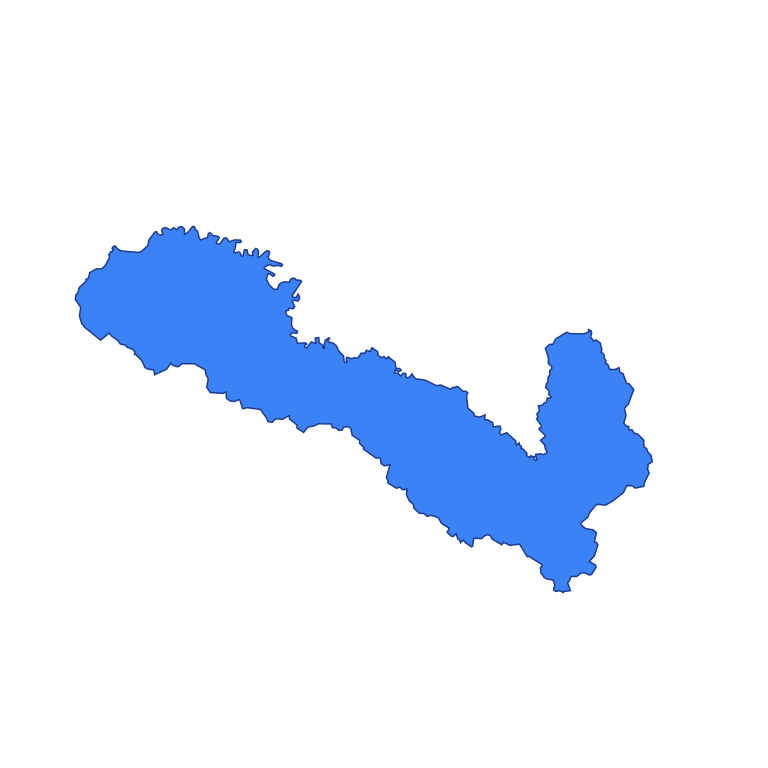 Myawaddy, Kayin, Myanmar (orthographic projection), rotated 320°
{"feature_id": "60261553B30562402338544", "entity_name": "Myawaddy", "entity_type": "district", "adm_level": 2, "iso_a3": "MMR", "parent_name": "Myanmar", "parent_adm1": "Kayin", "projection": "orthographic", "projection_center": [98.555, 16.566], "detail": "fine", "context": "isolated", "style": "filled", "palette": "blue", "viewbox_px": 768, "rotation_deg": 320, "n_neighbors": 0, "source": "geoboundaries", "source_scale": "gbopen_adm2", "svg_char_len": 6171}
<svg xmlns="http://www.w3.org/2000/svg" viewBox="0 0 768 768"><g transform="rotate(320 384 384)"><path d="M214.3,229.5L226.8,232.9L234.2,231.1L234.1,233.6L236.3,237.3L237.9,238.7L242.2,238.5L251.6,246.5L256.1,258.1L253.8,262.1L252.5,267.3L246.1,272.6L245.4,278.8L254.6,287.7L257.9,288.6L254.1,293.7L255.2,298.1L257.9,301.0L262.8,302.8L263.2,303.7L259.8,312.1L264.0,314.2L272.9,323.9L272.2,334.6L270.9,338.2L273.7,341.5L278.6,341.0L283.4,345.7L291.1,347.3L289.1,350.1L291.0,359.5L289.0,361.7L291.3,369.4L298.0,368.1L303.3,371.1L308.3,372.4L318.0,380.8L316.4,384.3L319.1,386.8L319.5,390.4L322.7,392.5L325.0,390.9L329.4,393.9L329.8,397.1L326.7,402.8L329.1,411.5L327.1,414.0L327.8,419.1L326.4,420.5L330.3,435.8L333.6,437.9L330.7,443.2L331.5,446.7L336.5,449.8L325.7,457.3L324.8,461.2L323.3,462.0L326.6,472.0L329.9,473.1L330.2,476.9L334.0,479.4L329.9,483.3L328.2,490.2L329.2,494.9L327.1,498.5L327.9,505.7L331.4,509.0L332.0,513.2L335.8,514.9L339.5,521.1L338.5,528.1L341.3,536.4L337.0,538.3L337.8,544.2L339.0,545.3L343.0,545.1L340.9,550.0L341.6,552.3L340.6,554.8L344.5,554.4L344.3,557.9L346.5,565.2L347.8,565.0L353.6,559.9L359.4,565.2L363.0,564.9L366.6,566.1L368.0,568.4L367.2,572.3L370.9,582.8L373.8,582.2L376.8,588.6L384.9,593.8L382.7,608.4L384.2,609.2L388.9,623.7L388.1,625.1L385.8,625.2L382.5,630.0L382.9,633.4L382.2,634.6L383.1,637.5L387.5,642.9L385.8,647.5L381.6,650.7L382.0,653.1L386.0,655.5L387.2,659.0L388.3,658.5L394.0,662.1L397.0,654.2L399.6,653.9L403.6,651.7L408.0,655.4L412.6,655.3L414.8,656.4L416.4,657.6L418.4,662.2L420.5,663.3L428.7,660.7L429.6,658.4L427.2,651.9L434.7,650.9L444.5,644.7L444.9,642.0L443.5,640.4L451.1,634.4L450.3,629.9L446.2,625.3L444.7,621.7L444.7,617.6L446.2,617.0L454.6,617.0L458.8,614.8L468.0,613.0L470.4,613.5L475.8,619.2L484.4,620.7L497.6,621.1L504.7,617.9L508.8,621.7L509.6,625.3L517.3,629.4L519.9,627.0L529.8,622.7L531.5,617.9L533.5,617.0L534.2,615.3L539.5,616.0L542.8,610.2L542.4,606.1L543.6,602.3L542.8,599.2L546.9,593.9L546.2,585.5L544.0,582.4L544.6,578.5L542.3,576.8L544.2,573.6L542.5,572.3L542.5,568.1L549.0,563.8L552.6,557.1L558.1,556.5L571.7,548.8L572.0,541.6L570.2,539.6L573.8,529.5L572.1,527.0L574.5,522.5L570.1,521.3L566.3,517.8L568.0,512.9L567.2,510.1L569.2,508.7L569.3,505.5L571.0,504.1L571.5,501.7L570.6,499.0L572.5,498.4L576.0,491.7L574.6,486.4L572.3,486.0L572.4,480.9L575.6,478.7L576.9,476.5L575.7,473.9L574.1,475.7L569.2,474.0L558.8,464.9L557.1,461.7L544.4,459.9L538.7,462.2L536.5,460.1L530.6,460.3L526.7,469.8L523.1,473.8L523.6,478.5L522.7,479.9L519.4,480.4L516.7,483.8L514.0,484.3L510.6,488.0L508.5,488.1L505.5,490.6L506.2,495.4L503.5,497.8L503.8,501.3L502.3,501.5L500.0,499.7L496.9,502.3L494.5,501.5L491.6,502.0L488.2,499.9L485.6,504.7L481.8,505.2L480.8,508.2L478.4,508.8L477.7,517.2L476.9,518.1L474.2,517.6L473.7,519.5L474.5,526.6L473.9,527.7L467.7,527.7L467.9,534.3L466.2,536.6L465.1,541.4L460.9,540.7L458.5,537.4L456.9,537.2L455.5,535.4L454.5,535.7L452.2,540.5L450.4,538.7L451.2,536.6L452.4,536.7L450.3,533.3L448.5,534.1L447.2,530.5L448.9,529.0L448.7,523.2L447.4,521.3L449.2,520.3L448.7,517.9L449.7,516.0L446.1,515.8L448.3,512.1L446.7,500.2L441.4,498.5L440.6,497.4L442.1,494.9L444.6,493.7L445.8,490.6L440.3,487.3L442.4,483.3L440.5,478.2L438.2,476.0L441.6,472.7L435.7,470.7L432.6,466.2L434.0,464.3L432.8,456.4L439.5,446.2L442.5,444.6L442.2,442.4L439.8,440.3L438.9,433.6L437.8,432.4L436.0,432.5L434.9,431.0L431.5,430.6L426.8,421.2L423.1,419.0L418.1,407.6L411.5,400.2L411.8,394.2L408.1,395.1L405.9,394.2L405.2,393.2L407.3,390.1L406.7,388.9L405.2,388.1L401.6,388.5L401.8,384.9L399.1,382.1L401.6,380.3L403.1,384.0L405.9,384.5L406.0,382.2L403.2,379.7L406.4,374.5L404.8,365.8L401.9,366.5L401.6,362.9L398.9,362.1L398.0,358.0L400.0,355.2L398.1,348.5L394.1,350.1L392.3,346.9L389.4,348.1L386.2,345.7L380.3,347.4L378.7,345.1L375.2,343.6L373.0,339.7L371.4,340.2L369.4,343.5L368.1,342.5L368.2,340.6L371.0,336.6L370.6,328.7L372.0,325.4L371.5,320.3L368.4,315.8L368.8,314.7L371.7,314.1L371.5,313.2L367.3,312.7L363.7,315.2L361.5,318.3L360.5,317.7L361.9,314.9L360.9,310.7L363.9,306.4L360.8,304.6L357.9,308.9L355.4,305.1L347.7,306.6L347.0,304.7L347.9,303.6L350.6,303.7L350.6,302.3L343.8,297.1L346.2,292.4L343.4,287.4L344.2,285.8L347.5,286.2L349.6,289.2L351.7,288.0L350.2,285.0L350.1,281.7L351.2,279.1L356.1,273.9L353.8,269.3L354.3,266.6L355.9,265.1L358.3,266.2L359.7,264.6L362.8,268.0L365.3,267.5L366.8,261.8L369.3,262.3L371.4,265.2L374.0,264.4L375.5,262.6L375.9,259.8L372.5,261.4L369.9,259.0L370.6,257.3L386.8,252.4L386.6,250.8L383.5,247.8L383.5,245.6L381.7,244.1L379.9,243.6L376.7,245.1L373.5,241.8L370.3,240.5L367.6,240.4L363.3,242.9L360.3,240.4L359.8,233.5L361.6,227.6L366.1,225.1L367.3,226.1L368.1,230.1L370.2,230.4L370.7,229.1L366.6,218.8L367.5,217.6L372.8,218.8L375.3,222.8L379.1,225.0L380.7,227.8L382.7,227.7L382.8,226.1L376.9,217.1L376.1,214.4L377.0,212.2L381.2,209.6L381.2,208.6L380.4,206.9L378.7,206.4L370.0,206.7L368.7,205.8L372.9,202.1L373.8,199.5L372.9,197.7L368.0,198.4L366.4,201.4L365.1,200.5L363.0,197.5L365.3,193.2L363.4,191.4L358.3,195.4L357.2,194.5L358.1,190.6L357.5,189.3L353.8,187.5L353.9,186.1L358.1,183.8L361.4,180.5L365.0,183.3L366.4,183.1L366.6,181.6L362.1,177.5L357.0,175.7L357.2,171.0L356.3,170.0L355.0,169.4L349.3,170.9L347.5,170.7L346.0,168.9L346.2,167.9L351.9,166.1L351.9,164.4L348.3,160.1L347.9,156.0L346.0,155.9L343.0,158.3L336.1,155.7L336.4,153.1L339.4,147.0L338.8,144.7L339.9,141.6L338.6,140.2L331.8,141.7L327.3,141.3L330.8,137.0L330.4,133.4L327.5,132.0L324.1,132.6L323.4,129.0L319.6,129.1L317.2,123.7L314.5,122.7L312.6,123.2L310.7,127.2L308.7,126.5L307.1,124.2L307.7,121.0L306.2,120.3L296.6,122.5L291.9,126.2L283.5,126.5L280.7,125.6L268.6,113.5L266.9,110.0L266.7,105.2L264.5,104.7L263.1,105.2L263.6,105.9L261.2,108.0L259.8,107.0L256.3,108.1L255.0,110.8L246.5,114.0L243.0,114.4L240.7,113.7L237.9,111.0L230.1,109.5L225.9,112.9L222.9,112.3L221.6,113.8L212.7,114.2L207.6,117.6L205.6,117.5L202.0,120.7L200.9,130.3L194.4,136.2L191.4,143.2L191.1,147.9L195.1,168.3L206.2,168.3L206.2,172.5L208.0,179.1L207.7,183.8L210.9,187.9L210.9,190.7L213.7,195.8L213.9,199.4L211.9,200.7L212.8,202.0L213.5,210.3L211.5,218.0L212.8,221.0L216.7,225.1L214.3,229.5Z" fill="#3b82f6" stroke="#1e3a8a" stroke-width="1.5"/></g></svg>